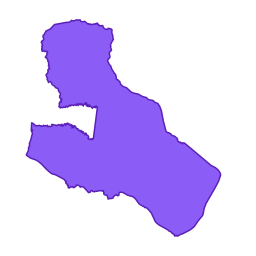 Kaev Seima, Môndól Kiri, Cambodia, rotated 187°
{"feature_id": "14789045B63599255468551", "entity_name": "Kaev Seima", "entity_type": "district", "adm_level": 2, "iso_a3": "KHM", "parent_name": "Cambodia", "parent_adm1": "Môndól Kiri", "projection": "orthographic", "projection_center": [106.845, 12.41], "detail": "fine", "context": "isolated", "style": "filled", "palette": "violet", "viewbox_px": 256, "rotation_deg": 187, "n_neighbors": 0, "source": "geoboundaries", "source_scale": "gbopen_adm2", "svg_char_len": 5994}
<svg xmlns="http://www.w3.org/2000/svg" viewBox="0 0 256 256"><g transform="rotate(187 128 128)"><path d="M47.1,44.3L43.4,50.1L43.0,51.3L42.6,57.4L41.3,62.7L34.3,79.2L31.6,86.2L30.4,92.3L30.6,93.7L31.3,94.9L33.5,97.4L36.3,99.2L41.0,101.0L69.9,119.8L71.2,120.0L72.3,119.7L72.3,119.2L73.0,119.7L73.8,119.8L74.1,120.3L74.9,119.9L76.0,120.5L76.1,120.8L76.4,120.7L77.0,121.1L77.6,122.4L77.4,122.8L78.0,123.7L80.6,125.5L83.5,126.0L85.1,127.6L85.8,127.6L86.6,128.2L87.9,128.2L89.3,128.9L89.9,129.5L93.9,139.6L96.9,149.0L98.9,152.9L101.2,155.8L104.6,156.9L106.7,158.4L110.5,158.6L111.5,158.9L113.6,160.5L117.2,160.9L121.9,162.9L126.6,163.3L129.3,164.1L134.2,167.7L137.8,168.6L138.9,169.2L140.6,170.5L142.0,173.3L143.2,173.7L144.1,174.8L145.1,174.8L145.7,175.5L145.9,177.3L146.9,179.6L148.4,180.9L151.4,184.7L152.8,187.6L154.2,188.7L155.7,191.1L156.5,192.0L156.1,193.7L154.8,195.4L154.6,196.7L155.7,199.9L155.3,201.7L154.4,202.3L153.9,203.5L155.1,205.8L155.0,206.9L155.6,208.4L154.3,212.1L153.3,214.1L154.1,216.0L154.4,217.9L155.3,219.7L155.8,221.2L155.8,223.5L157.3,224.4L159.2,224.5L159.9,224.4L160.3,223.3L161.1,223.5L161.8,223.3L162.7,223.4L164.0,224.0L164.5,224.9L165.1,225.4L165.4,226.3L165.7,226.6L168.2,226.0L168.6,226.3L169.0,226.0L169.6,226.9L170.2,227.0L170.5,227.2L170.4,227.5L171.5,228.3L172.4,227.4L172.6,227.7L173.1,227.5L173.4,227.0L174.5,227.1L175.6,226.6L175.8,226.3L177.1,226.3L177.8,226.6L178.7,226.1L178.9,226.5L179.8,226.7L180.1,226.3L180.6,226.4L183.6,228.4L184.5,228.5L186.2,227.8L187.8,228.1L188.8,229.5L190.9,228.9L192.1,229.2L193.5,228.3L195.7,227.6L197.4,227.9L198.0,226.7L199.1,225.9L202.5,225.2L213.6,221.7L217.4,216.6L221.2,214.3L222.5,210.7L223.5,209.5L223.5,207.9L222.7,206.9L222.5,205.9L223.1,204.2L223.6,204.3L224.0,203.9L224.5,202.3L223.7,201.7L223.4,200.5L222.8,199.7L223.4,199.0L223.5,198.3L222.9,197.7L223.3,196.5L222.7,195.9L223.2,195.3L222.5,193.8L221.7,193.9L220.8,194.4L219.9,193.8L218.0,194.2L217.1,193.8L217.7,192.3L217.2,191.2L218.7,188.3L218.4,187.9L217.1,187.6L216.7,186.7L215.6,185.3L215.8,184.6L214.7,183.5L214.8,182.5L214.1,181.1L214.2,180.7L214.5,180.6L214.6,180.2L213.7,179.0L213.8,177.9L213.1,177.3L213.6,177.1L214.7,175.7L214.1,174.4L214.7,172.4L215.7,171.2L215.7,170.3L214.2,167.7L214.0,166.1L212.9,164.6L212.5,163.6L211.1,164.6L210.5,164.4L209.2,163.3L209.3,162.9L208.5,161.8L206.6,160.9L204.2,158.9L202.7,158.9L202.2,158.5L201.4,156.2L199.4,154.1L199.1,152.5L199.6,151.9L199.6,150.0L198.5,149.0L197.4,148.7L197.9,147.9L197.5,147.6L198.1,147.3L197.6,146.3L197.7,145.3L198.2,145.1L198.8,145.5L199.0,145.3L198.9,144.6L199.3,143.9L198.9,142.3L199.1,140.8L197.9,139.9L197.6,140.3L197.2,140.0L196.6,140.5L196.1,140.2L195.1,140.3L194.2,141.1L192.8,140.7L192.3,141.1L192.5,141.5L192.2,142.0L191.3,142.1L190.4,141.5L190.0,142.2L189.1,142.6L189.1,143.3L188.9,143.4L187.6,143.0L187.3,143.2L187.3,143.8L186.3,144.0L184.7,143.7L183.9,144.6L182.2,144.1L181.7,144.7L181.6,145.7L180.8,145.3L180.3,144.4L179.7,145.0L179.4,146.2L178.2,145.9L178.2,145.4L177.7,145.3L177.6,146.0L176.8,145.9L176.7,146.2L176.2,145.4L175.7,145.3L175.7,145.0L175.0,144.6L174.7,146.0L173.4,146.4L173.8,147.5L173.3,147.7L172.6,147.7L171.7,146.8L172.5,146.4L172.0,145.9L172.1,145.1L171.0,144.7L171.0,145.5L170.4,145.8L170.0,144.9L169.7,144.8L169.3,145.3L169.3,144.5L169.1,144.5L168.8,144.6L169.0,144.8L168.4,144.8L168.4,145.3L168.1,144.9L166.7,144.5L166.1,143.6L165.7,144.0L165.5,143.6L164.2,145.1L163.9,145.1L164.1,144.5L163.6,144.4L163.4,144.7L163.1,144.5L163.1,145.4L162.8,145.5L162.4,145.1L162.0,145.6L161.4,144.5L160.9,144.7L161.1,113.1L161.5,113.2L162.0,112.7L162.3,112.9L162.4,112.6L162.0,112.5L162.1,112.2L162.7,112.2L163.7,112.7L164.2,112.6L164.3,112.0L165.6,112.2L166.5,112.7L165.9,113.9L166.1,114.8L167.0,115.7L168.2,116.1L168.6,117.0L169.3,116.4L170.0,116.2L169.7,117.6L171.3,117.3L172.1,117.5L172.1,118.9L172.8,119.1L173.5,118.2L174.4,119.7L175.1,118.9L176.0,119.9L177.2,119.8L177.7,120.4L177.7,121.2L179.3,121.3L180.0,122.7L181.0,123.6L181.7,123.6L181.6,122.5L181.9,122.0L183.4,121.6L182.8,122.5L183.3,123.6L184.5,124.3L184.8,124.1L184.5,123.2L185.7,124.0L186.2,123.8L186.4,124.1L186.3,124.7L187.7,124.8L188.3,125.4L188.8,124.5L189.7,124.9L190.0,124.4L189.9,123.9L190.3,123.4L190.8,124.2L191.2,124.4L191.4,123.9L191.9,123.8L192.4,122.5L193.4,121.8L193.7,122.0L193.7,123.2L193.9,123.5L194.7,123.4L195.2,122.3L197.0,123.0L197.6,122.3L198.3,122.4L199.3,121.6L200.2,122.1L200.8,121.9L203.0,122.3L204.1,122.1L203.5,121.0L204.1,120.5L205.1,119.9L206.0,120.2L207.3,119.6L208.0,119.8L208.0,120.5L208.5,120.8L209.3,120.3L210.4,120.2L210.8,119.9L211.3,119.9L212.1,120.4L212.5,120.1L212.6,119.6L213.8,119.1L214.3,119.1L214.4,119.5L215.0,119.4L216.5,119.8L218.1,119.2L220.0,119.1L223.0,121.1L224.2,121.2L223.8,114.8L222.7,114.4L222.5,114.0L223.6,113.7L223.7,113.4L222.5,111.9L222.2,110.4L222.6,108.5L222.9,105.2L224.0,100.5L223.6,98.4L223.7,97.7L224.3,96.8L224.1,93.7L225.6,89.1L225.2,88.4L221.2,86.3L215.8,85.1L213.3,84.1L209.1,81.4L203.7,76.9L199.6,74.1L197.6,73.2L194.2,72.7L185.5,69.4L183.7,67.7L182.8,67.3L183.2,66.0L182.3,65.1L181.4,64.9L181.1,64.5L181.1,63.7L180.3,63.6L180.4,62.8L179.9,62.3L180.1,61.6L179.8,61.4L178.7,61.4L177.7,62.6L176.8,62.6L176.0,63.1L175.4,62.9L175.2,62.3L174.2,62.3L172.4,64.0L172.3,65.0L171.4,65.3L168.8,64.5L168.2,63.5L166.7,64.2L164.7,63.8L159.3,59.1L157.7,59.7L157.3,60.9L156.6,61.4L156.0,61.4L155.0,60.6L153.7,60.7L147.5,62.6L145.9,62.2L145.0,62.7L144.0,60.8L144.1,60.0L143.7,59.2L142.2,58.7L140.6,58.7L139.0,55.1L137.8,55.7L135.8,56.0L134.5,56.5L133.8,58.5L131.5,60.4L130.1,59.5L129.1,59.9L128.8,60.5L129.1,62.1L128.3,63.1L127.5,63.4L125.5,63.5L120.2,61.3L114.4,60.3L112.0,58.6L107.6,53.9L103.8,52.2L102.8,52.1L101.9,51.2L101.6,51.4L101.0,51.1L99.9,51.1L97.2,49.0L94.5,46.5L89.8,38.9L88.5,37.5L85.5,35.6L76.4,31.9L74.4,30.6L72.7,30.1L71.7,29.4L71.6,29.0L69.0,27.9L69.1,27.3L68.4,26.5L67.4,26.9L66.5,26.9L66.4,27.2L65.4,26.8L63.1,28.7L61.2,29.5L54.5,34.0L52.7,35.6L50.1,38.4L47.1,44.3Z" fill="#8b5cf6" stroke="#5b21b6" stroke-width="1.5"/></g></svg>